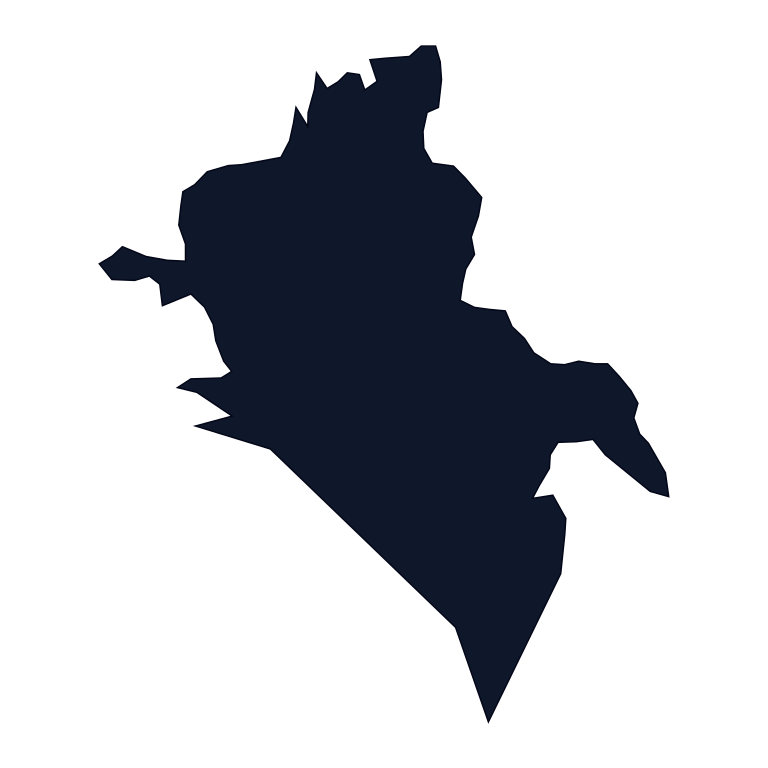 outline of Guaramiranga, Ceará, Brazil
{"feature_id": "56859067B5933904646135", "entity_name": "Guaramiranga", "entity_type": "district", "adm_level": 2, "iso_a3": "BRA", "parent_name": "Brazil", "parent_adm1": "Ceará", "projection": "robinson", "projection_center": [-38.956, -4.252], "detail": "fine", "context": "isolated", "style": "filled", "palette": "ink", "viewbox_px": 768, "rotation_deg": 0, "n_neighbors": 0, "source": "geoboundaries", "source_scale": "gbopen_adm2", "svg_char_len": 1376}
<svg xmlns="http://www.w3.org/2000/svg" viewBox="0 0 768 768"><path d="M668.7,496.6L665.4,472.8L656.9,458.0L648.4,443.2L639.7,434.1L633.8,417.9L637.9,403.3L631.0,390.8L619.4,376.6L607.6,363.8L594.8,363.8L578.7,361.2L564.6,364.7L550.7,363.8L533.8,352.8L524.5,338.5L512.0,326.6L505.3,310.9L489.2,309.4L474.5,307.4L460.2,300.4L462.5,283.6L465.8,269.0L474.5,254.5L471.2,237.1L478.4,216.1L481.7,197.5L465.3,178.1L453.5,166.1L432.2,163.2L423.8,148.4L423.0,131.3L427.1,112.4L438.4,107.4L441.5,79.8L440.2,61.8L435.6,46.1L421.2,46.1L409.4,56.5L384.5,58.3L369.9,59.7L377.1,81.3L364.8,90.0L359.4,74.6L347.3,72.8L338.1,81.8L327.1,88.5L316.5,72.8L314.5,89.4L308.1,112.6L307.8,126.6L296.0,107.4L293.5,123.1L289.6,140.8L280.9,157.4L241.7,164.7L228.3,165.6L207.3,171.7L194.7,184.7L182.9,191.7L180.9,205.7L178.8,225.1L185.5,244.0L185.5,261.2L167.3,260.3L146.0,256.5L122.4,246.7L112.4,256.0L99.3,263.8L111.9,279.5L134.7,280.4L149.3,276.0L159.8,284.2L162.4,305.7L190.9,294.0L204.5,307.1L213.2,324.3L215.8,340.8L223.7,361.2L231.7,371.4L221.1,378.0L190.9,378.9L177.5,387.6L196.8,392.3L232.2,416.1L195.5,426.0L270.4,449.0L389.6,563.8L455.6,627.4L488.4,721.9L552.8,589.9L560.7,573.7L564.8,534.1L565.8,518.4L552.8,495.2L532.5,498.4L539.2,485.6L549.4,468.4L550.2,454.8L558.1,442.3L576.4,441.7L593.0,439.4L605.3,454.8L650.2,491.4L668.7,496.6Z" fill="#0f172a" stroke="#020617" stroke-width="1.5"/></svg>